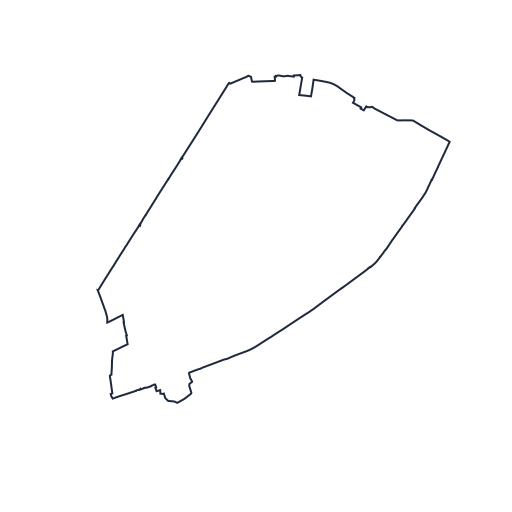 Voluntari, Bucharest, Romania (Robinson projection), rotated 114°
{"feature_id": "2599482B78870557966424", "entity_name": "Voluntari", "entity_type": "district", "adm_level": 2, "iso_a3": "ROU", "parent_name": "Romania", "parent_adm1": "Bucharest", "projection": "robinson", "projection_center": [26.156, 44.509], "detail": "fine", "context": "isolated", "style": "outline", "palette": "slate", "viewbox_px": 512, "rotation_deg": 114, "n_neighbors": 0, "source": "geoboundaries", "source_scale": "gbopen_adm2", "svg_char_len": 5777}
<svg xmlns="http://www.w3.org/2000/svg" viewBox="0 0 512 512"><g transform="rotate(114 256 256)"><path d="M444.5,328.8L444.3,328.6L443.4,327.7L442.4,326.7L441.8,326.0L441.2,325.4L439.8,323.9L439.5,323.5L438.7,322.7L438.1,322.0L437.9,321.8L437.2,321.0L436.2,319.8L435.8,319.4L434.0,317.4L432.6,315.8L432.3,315.5L432.2,315.4L431.2,314.3L430.8,313.9L430.5,313.5L430.2,313.1L430.0,312.9L429.8,312.7L429.4,312.4L429.2,312.1L428.9,311.8L428.8,311.7L428.4,311.2L428.2,310.9L428.0,310.7L427.7,310.8L427.6,310.7L426.9,309.9L426.6,309.6L426.4,309.3L426.0,308.9L425.7,308.6L425.5,308.3L425.3,308.0L425.1,307.9L425.4,307.8L424.8,307.2L424.3,306.6L424.0,306.3L422.4,304.6L422.2,304.7L421.8,304.2L421.3,303.7L421.2,303.4L421.2,303.2L421.2,302.9L420.7,302.4L420.5,302.0L420.1,301.6L419.3,300.7L419.0,300.3L418.7,300.2L418.3,299.8L418.2,299.6L418.1,299.4L418.0,299.1L416.9,298.6L415.6,297.2L415.2,296.7L415.0,296.8L414.5,296.2L414.4,295.8L414.7,295.5L415.5,294.8L416.7,293.7L417.4,294.3L418.4,293.3L419.9,291.8L417.5,289.0L420.7,287.3L419.7,284.6L419.2,284.2L422.7,281.1L424.1,277.3L422.1,271.3L422.2,268.2L415.8,263.4L414.2,262.5L408.3,259.4L407.2,259.4L402.3,263.8L402.2,263.9L401.1,264.4L400.0,264.7L399.8,264.7L399.6,264.6L399.4,264.5L397.0,263.2L396.8,263.2L395.5,264.8L394.4,266.4L390.3,269.6L389.7,269.5L383.6,263.3L382.3,261.8L381.2,260.6L379.9,259.6L373.6,253.2L363.8,243.3L361.8,240.7L360.7,239.6L358.9,238.0L356.3,235.6L355.5,234.8L354.2,233.5L349.9,229.1L346.4,225.5L343.5,222.9L340.2,220.3L339.5,219.8L337.9,218.7L326.1,211.0L324.6,209.9L323.2,208.9L322.1,208.3L320.8,207.5L312.0,201.7L308.1,199.2L306.0,197.9L296.9,192.1L290.7,188.1L289.1,187.1L285.3,184.5L283.4,183.4L280.5,181.6L277.7,180.1L273.1,177.5L270.2,175.9L260.7,170.5L256.1,167.9L250.2,164.5L250.3,164.4L248.4,163.3L225.1,150.1L221.3,148.1L221.2,148.3L219.4,147.2L219.6,146.9L218.5,146.3L217.2,145.7L215.7,145.0L214.1,144.3L212.7,143.8L211.8,143.5L210.9,143.3L209.8,143.0L208.8,142.7L206.9,142.3L206.6,142.2L206.5,142.4L205.7,142.2L205.3,141.9L205.1,141.8L203.5,141.5L202.7,141.3L201.3,140.9L200.0,140.8L199.3,140.6L198.4,140.4L196.7,139.8L189.8,138.6L187.2,138.2L169.7,134.6L168.7,134.7L168.5,134.4L162.9,133.2L158.3,132.3L157.1,132.0L155.8,131.8L150.6,130.7L148.0,130.2L147.8,130.5L146.6,130.2L145.3,130.0L142.8,129.5L141.6,129.2L140.6,129.0L139.3,128.7L136.9,128.2L134.4,127.7L131.7,127.3L129.5,126.9L127.6,126.8L125.8,126.7L123.4,126.7L122.1,126.7L120.8,126.6L119.6,126.6L118.3,126.6L116.9,126.6L114.9,126.6L114.9,126.2L105.3,126.1L103.2,126.0L101.4,125.9L101.4,126.0L99.0,126.0L93.6,125.9L87.3,125.8L86.0,125.7L83.4,125.7L82.2,125.7L78.4,125.6L77.0,125.6L76.1,125.6L73.0,125.5L72.6,127.3L71.9,134.2L70.5,150.2L69.2,161.1L68.4,167.5L68.6,168.3L70.2,172.3L74.5,181.7L74.6,182.3L74.0,192.6L73.1,207.6L72.5,210.2L72.5,210.5L72.9,211.0L73.2,211.5L73.9,212.8L74.8,214.8L74.5,216.1L79.1,216.8L78.8,220.4L77.4,220.4L76.8,227.3L76.6,229.7L74.8,229.5L73.7,229.5L72.8,229.8L72.3,230.6L71.5,230.5L70.4,237.9L70.3,239.0L69.7,241.7L68.7,246.8L68.0,250.0L67.7,252.0L67.5,254.3L67.5,256.1L67.7,259.2L68.7,263.9L69.9,268.9L71.2,273.9L71.5,275.1L75.3,274.0L79.1,272.9L82.6,272.0L87.8,270.7L89.2,275.4L91.4,282.0L74.2,286.4L74.1,287.2L73.9,287.8L73.7,288.3L73.2,288.8L73.0,289.0L72.7,289.2L73.9,291.3L75.7,294.9L75.9,294.8L76.8,294.5L76.9,295.0L78.4,299.8L78.4,300.0L78.5,300.2L78.6,300.3L78.6,300.5L79.9,302.6L80.1,302.9L80.3,303.2L80.4,303.5L80.6,303.8L80.7,304.1L80.8,304.5L81.0,305.0L81.2,306.0L81.5,307.4L81.5,307.6L81.6,307.9L81.7,308.2L81.8,308.5L81.9,308.8L82.1,309.1L82.2,309.3L82.4,309.6L82.6,309.9L82.8,310.1L83.0,310.4L83.3,311.0L84.0,310.7L84.2,311.2L84.6,311.9L88.0,310.0L88.4,310.0L93.6,320.7L96.4,326.4L97.0,327.5L98.0,329.6L98.2,330.3L98.3,330.6L94.4,333.4L94.4,336.3L95.4,337.0L97.1,338.3L98.2,339.6L99.4,340.6L105.7,346.5L108.6,349.1L108.5,349.3L109.0,349.8L109.0,350.0L108.9,350.7L109.2,350.8L109.1,351.1L110.2,351.3L115.4,352.0L132.2,354.4L142.5,355.9L151.0,357.1L159.3,358.2L167.5,359.4L177.2,360.8L180.4,361.3L186.5,362.2L193.8,363.3L196.4,363.9L196.6,363.0L197.4,363.1L197.4,364.0L199.0,364.2L199.6,364.0L200.0,364.2L202.3,364.5L204.6,364.8L209.1,365.5L216.6,366.7L218.4,366.9L221.3,367.2L221.2,367.4L231.3,368.9L235.2,369.5L240.8,370.3L241.3,370.4L241.6,370.4L242.0,370.5L244.0,370.7L244.9,370.8L246.8,371.1L255.4,372.3L261.7,373.2L263.4,373.3L263.4,373.5L265.4,373.8L267.1,374.1L271.5,374.5L272.4,374.6L273.5,374.7L273.3,374.9L274.1,375.1L274.4,374.5L274.6,374.3L275.6,374.3L275.2,375.2L277.6,375.5L278.1,375.5L282.0,376.1L284.0,376.5L285.3,376.7L287.9,377.1L293.5,377.9L295.1,378.1L295.9,378.3L298.0,378.5L300.5,379.0L300.8,379.1L301.8,379.2L302.4,379.2L304.3,379.5L305.5,379.7L306.2,379.8L308.3,380.1L309.2,380.3L310.4,380.4L310.8,380.5L311.2,380.6L312.3,380.7L312.8,380.7L313.5,380.9L314.4,381.0L318.9,381.7L319.3,381.6L320.6,381.9L321.1,381.9L322.6,382.1L325.4,382.6L327.2,382.9L328.1,383.0L328.8,383.1L329.6,383.2L330.3,383.3L333.9,383.8L334.3,383.9L335.8,384.1L337.5,384.4L351.8,386.3L351.8,386.5L355.5,382.8L356.9,381.4L358.4,380.0L361.2,377.3L362.4,376.1L363.9,374.7L365.0,373.7L367.0,371.7L368.3,370.5L369.9,369.2L371.5,367.9L372.5,367.2L373.6,366.4L374.5,366.0L376.0,365.4L377.3,364.8L375.4,363.1L372.4,360.6L366.7,356.0L364.0,353.8L364.7,353.3L366.4,352.2L366.9,351.8L370.3,349.6L370.6,349.9L373.1,348.1L378.3,344.2L381.1,341.7L381.6,342.2L388.8,337.4L390.0,338.4L393.0,341.0L396.4,343.8L401.4,348.0L402.4,347.5L403.6,347.0L404.3,346.8L408.9,345.4L409.9,345.1L411.7,344.3L413.5,343.6L414.3,343.2L415.5,342.8L416.3,342.4L417.9,341.8L420.4,340.9L421.5,340.5L421.8,340.4L422.2,340.2L423.2,339.8L423.8,340.3L424.3,340.7L424.6,340.8L425.3,340.6L426.9,339.5L428.8,338.3L439.7,331.5L439.9,331.4L441.2,332.6L441.7,332.2L443.2,330.9L444.5,328.8Z" fill="none" stroke="#1e293b" stroke-width="2"/></g></svg>